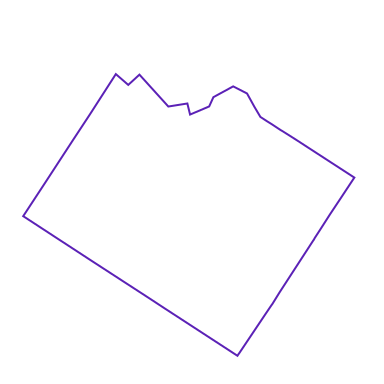 Johnson, Kansas, United States of America, rotated 33°
{"feature_id": "52423323B40551839125356", "entity_name": "Johnson", "entity_type": "district", "adm_level": 2, "iso_a3": "USA", "parent_name": "United States of America", "parent_adm1": "Kansas", "projection": "robinson", "projection_center": [-94.748, 38.9], "detail": "fine", "context": "isolated", "style": "outline", "palette": "violet", "viewbox_px": 384, "rotation_deg": 33, "n_neighbors": 0, "source": "geoboundaries", "source_scale": "gbopen_adm2", "svg_char_len": 839}
<svg xmlns="http://www.w3.org/2000/svg" viewBox="0 0 384 384"><g transform="rotate(33 192 192)"><path d="M63.9,134.6L64.1,182.6L63.9,213.0L63.8,263.7L63.6,304.2L142.9,304.4L148.2,304.4L169.4,304.4L211.9,304.4L233.0,304.5L319.3,304.6L319.3,302.8L319.4,301.5L320.1,253.7L320.3,243.6L320.4,242.3L320.1,228.6L320.1,223.1L320.1,218.8L320.1,214.9L320.1,214.6L320.1,214.0L320.1,213.3L320.1,203.1L320.1,199.7L320.1,198.1L320.1,192.7L320.1,167.3L320.1,166.1L320.2,165.8L320.0,163.9L320.0,162.6L320.0,152.3L319.9,137.0L319.9,134.8L320.1,116.7L320.3,91.5L292.6,91.5L285.9,91.5L275.2,91.5L264.5,91.5L251.2,91.5L233.9,91.7L232.7,91.8L222.0,91.7L216.6,91.8L208.5,91.8L198.0,86.6L184.5,79.4L169.0,81.0L158.3,100.8L159.8,110.9L148.2,128.1L139.9,120.3L125.6,133.2L84.0,122.2L80.2,136.9L63.9,134.6Z" fill="none" stroke="#5b21b6" stroke-width="2"/></g></svg>